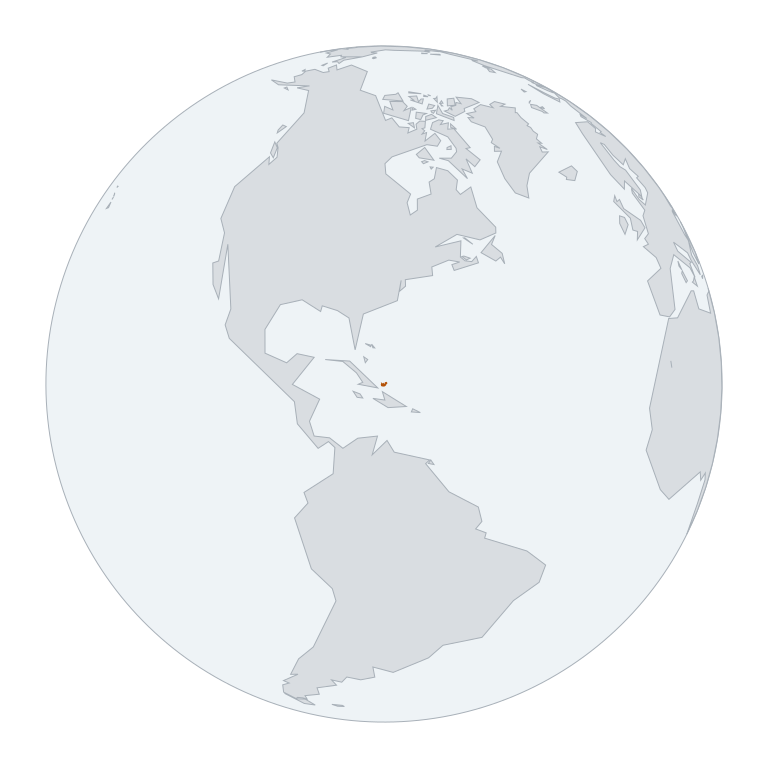 globe centered on Inagua, rotated 17°
{"feature_id": "BHS-5038", "entity_name": "Inagua", "entity_type": "District", "adm_level": 1, "iso_a3": "BHS", "parent_name": "The Bahamas", "parent_adm1": "", "projection": "orthographic", "projection_center": [-73.316, 21.237], "detail": "coarse", "context": "on_globe", "style": "filled", "palette": "amber", "viewbox_px": 768, "rotation_deg": 17, "n_neighbors": 0, "source": "natural_earth", "source_scale": "10m", "svg_char_len": 9876}
<svg xmlns="http://www.w3.org/2000/svg" viewBox="0 0 768 768"><g transform="rotate(17 384 384)"><circle cx="384" cy="384" r="338" fill="#eef3f6" stroke="#a8b0b8"/><path d="M355.6,459.1L347.7,455.3L339.8,464.8L312.8,447.4L303.5,427.1L222.7,385.6L214.8,373.9L215.6,357.0L193.8,296.0L200.9,350.9L191.4,338.8L184.9,318.3L189.9,314.7L187.3,286.1L179.6,273.4L183.5,238.9L208.0,200.2L209.7,207.7L215.4,198.4L213.6,188.9L211.1,185.1L228.3,148.1L226.1,125.4L214.3,126.2L225.6,120.7L195.7,128.7L187.4,126.1L203.6,124.5L210.6,121.2L208.3,116.4L215.0,112.1L217.7,107.7L225.9,103.3L234.8,103.9L240.2,101.3L238.3,98.3L245.3,92.8L247.2,97.4L259.6,88.5L276.7,90.1L275.4,110.0L291.7,110.7L308.4,131.5L313.7,127.2L323.4,133.7L333.1,131.5L333.4,137.0L340.9,130.7L338.7,126.2L341.3,122.1L346.8,120.7L348.2,127.1L345.7,128.7L348.9,129.9L347.3,133.9L351.2,131.1L352.2,139.7L359.4,129.4L367.1,134.7L365.5,141.0L355.0,142.6L325.3,164.4L320.5,173.0L324.3,182.5L353.9,194.6L353.1,203.9L359.7,214.7L365.1,208.0L361.8,197.4L373.5,188.6L368.1,177.7L372.1,173.0L370.9,161.7L382.6,161.4L394.6,167.5L396.2,177.1L401.6,180.4L409.4,170.2L421.4,188.3L445.0,201.4L446.8,206.9L433.7,218.1L410.0,219.6L392.9,238.0L415.7,224.6L419.9,240.2L425.5,242.5L432.1,241.3L435.0,235.0L438.9,240.5L417.9,254.9L414.0,250.0L420.7,245.2L409.7,246.6L395.5,258.1L398.8,266.1L373.9,278.0L376.0,284.2L371.7,290.9L370.1,279.9L372.4,300.4L343.8,323.1L346.4,359.8L331.2,331.1L318.0,327.4L302.1,327.3L302.2,333.2L281.1,327.4L261.7,338.4L254.2,366.6L261.2,389.3L284.7,392.2L292.0,380.4L309.4,378.9L296.5,411.2L326.9,417.3L323.6,441.4L332.4,454.2L347.7,451.4L363.5,457.5L374.8,443.5L393.0,435.7L393.4,455.2L403.4,437.1L413.7,446.2L449.8,443.3L447.1,448.0L477.6,468.1L510.2,474.1L517.8,486.8L514.0,495.8L525.2,496.5L525.3,502.0L569.5,501.9L591.5,509.9L590.3,528.3L571.1,553.3L551.8,597.6L516.8,616.6L506.6,632.9L477.1,657.1L456.1,657.9L460.9,667.0L448.2,673.7L434.1,675.1L430.8,681.5L420.3,682.3L426.6,685.9L408.8,694.1L412.8,699.6L399.6,705.1L402.6,707.8L397.9,707.9L392.8,709.0L392.0,710.5L378.1,708.0L375.1,701.3L380.7,697.7L374.6,697.0L386.6,686.7L379.6,688.9L382.7,671.8L393.3,656.1L401.5,605.5L394.4,594.8L368.6,582.0L337.6,538.2L346.1,520.1L339.2,511.1L361.6,484.7L355.6,459.1ZM67.2,297.3L69.7,289.8L69.0,295.9L67.2,297.3ZM70.7,284.4L69.9,287.1L70.5,284.7L70.7,284.4ZM70.8,282.1L70.7,283.8L70.5,282.5L70.8,282.1ZM70.5,279.8L70.7,280.7L70.6,280.9L70.5,279.8ZM344.5,372.1L379.2,389.6L359.4,391.8L363.2,388.6L354.4,381.4L338.0,374.5L320.6,377.8L344.5,372.1ZM71.1,274.2L71.4,272.6L71.9,272.7L71.1,274.2ZM360.3,352.2L354.2,350.8L360.2,350.7L360.3,352.2ZM208.8,184.4L212.9,189.3L212.0,200.0L207.9,196.2L208.8,184.4ZM211.5,165.9L215.3,166.4L208.5,175.1L208.5,172.1L211.5,165.9ZM204.3,128.4L206.3,130.8L202.1,130.1L204.3,128.4ZM216.7,107.9L214.0,108.8L216.6,106.3L216.7,107.9ZM364.6,162.9L367.6,162.3L366.3,164.7L364.6,162.9ZM361.1,158.7L357.3,161.8L355.0,160.4L357.5,158.5L361.1,158.7ZM231.4,97.4L236.3,93.5L232.8,97.5L231.4,97.4ZM366.3,155.4L351.6,157.4L347.8,155.0L353.8,145.9L366.3,155.4ZM240.2,91.3L252.1,82.9L247.1,83.7L267.8,77.4L250.9,86.1L247.3,90.6L245.3,89.4L240.2,91.3ZM335.7,125.5L338.2,130.1L331.0,127.7L335.7,125.5ZM330.4,125.0L304.5,125.2L303.5,118.3L312.4,119.3L307.0,112.1L319.2,108.5L325.0,111.6L323.2,116.7L329.2,111.6L330.4,125.0ZM277.3,75.8L281.5,74.2L278.8,76.0L277.3,75.8ZM341.8,120.4L336.6,120.7L335.4,114.6L345.5,112.9L342.6,115.3L341.8,120.4ZM299.6,112.2L300.4,107.8L310.6,103.5L312.3,101.4L319.4,107.8L299.6,112.2ZM345.7,116.0L350.6,112.2L356.2,114.0L346.7,119.7L345.7,116.0ZM330.8,113.9L330.7,111.1L334.1,112.0L330.8,113.9ZM378.9,119.2L372.8,119.1L371.6,115.8L378.9,119.2ZM352.1,110.7L350.1,110.2L349.0,109.1L353.3,107.1L352.1,110.7ZM326.1,104.7L330.2,104.1L323.7,101.8L331.0,99.0L334.5,104.0L336.1,100.7L338.3,99.9L338.6,105.0L326.1,104.7ZM354.1,101.9L361.0,108.2L372.7,108.7L374.0,111.5L355.1,110.2L354.1,101.9ZM345.0,103.2L351.0,102.9L349.6,106.2L344.7,108.5L345.0,103.2ZM334.8,95.5L322.6,98.4L322.3,97.3L334.8,95.5ZM357.8,101.3L356.0,99.8L358.8,100.9L357.8,101.3ZM342.2,96.4L337.9,97.4L337.6,96.1L342.2,96.4ZM356.1,96.3L358.3,98.2L355.1,99.6L356.1,96.3ZM349.9,95.8L350.6,93.7L352.6,99.0L348.1,96.4L349.9,95.8ZM342.6,95.0L341.1,94.5L344.4,94.7L342.6,95.0ZM367.2,90.3L370.5,96.6L363.3,99.5L361.1,92.9L367.2,90.3ZM401.2,712.8L379.2,708.9L391.6,710.8L400.7,708.4L412.1,711.1L401.2,712.8ZM427.8,705.6L438.1,703.5L440.4,704.0L433.8,705.7L427.8,705.6ZM643.2,167.2L650.1,177.3L641.3,168.2L624.3,146.8L619.9,142.0L643.2,167.2ZM608.7,131.6L607.6,130.9L596.0,121.0L605.8,129.9L608.6,131.8L614.8,137.9L612.6,136.6L608.6,132.8L609.3,134.8L628.3,153.7L633.1,157.7L640.5,170.8L649.3,179.2L654.6,187.1L641.6,176.0L635.9,169.8L619.4,163.7L626.1,171.1L642.1,177.9L641.2,179.4L650.3,191.1L642.6,183.4L623.3,175.6L623.9,189.9L640.5,227.6L637.5,236.3L627.8,237.3L605.9,208.4L615.0,192.4L607.3,183.5L591.9,176.8L596.0,173.0L590.8,168.7L592.9,163.0L582.5,147.4L582.6,141.5L565.7,128.9L563.4,124.6L574.1,133.0L581.6,136.4L580.3,124.1L576.3,119.8L565.3,113.0L566.4,111.1L555.9,106.2L548.9,98.0L548.7,104.4L535.9,98.2L524.6,90.5L520.3,90.0L538.7,102.8L546.1,107.2L552.4,108.8L572.4,123.5L575.7,129.4L554.6,119.5L556.9,127.4L539.5,117.6L500.5,86.5L490.8,78.0L502.0,73.7L511.7,77.9L512.5,81.1L523.7,82.5L517.1,80.2L517.9,79.2L505.8,74.2L505.8,73.4L494.2,70.7L492.9,69.1L500.3,70.8L481.3,63.6L475.1,60.3L470.8,59.3L467.9,59.1L461.9,55.9L459.0,55.3L459.8,56.0L454.6,55.6L443.0,54.1L441.5,53.0L445.5,53.4L451.8,53.4L462.6,55.5L460.9,55.0L451.1,53.0L443.5,53.0L436.9,52.4L439.1,51.8L437.8,51.9L434.1,51.4L429.0,50.2L426.0,50.8L386.9,50.2L373.3,48.9L379.6,47.6L350.8,49.4L337.7,49.9L338.5,50.3L325.3,52.8L329.2,52.5L328.6,53.0L296.3,61.9L287.7,64.0L274.7,70.3L275.1,70.8L280.8,69.4L267.8,77.4L247.1,83.7L247.2,82.1L234.2,88.1L236.3,84.1L232.1,84.3L242.0,78.0L237.7,79.5L233.1,81.8L225.8,85.4L245.6,75.7L252.2,74.4L250.5,73.9L257.0,71.3L260.2,69.8L258.6,70.2L282.1,61.8L306.2,55.2L330.6,50.3L355.4,47.3L380.3,46.1L405.2,46.7L430.0,49.2L454.6,53.5L478.8,59.6L502.5,67.5L525.5,77.1L547.7,88.4L569.1,101.3L589.4,115.7L608.7,131.6ZM717.4,439.1L717.5,438.2L718.7,406.9L719.0,381.8L717.3,375.2L715.0,383.4L712.1,375.6L709.9,379.1L690.2,411.0L679.1,404.2L654.0,370.6L653.9,349.2L645.0,329.5L637.1,238.1L645.4,234.9L650.5,205.1L652.9,204.4L663.1,220.1L675.6,220.8L666.9,204.5L667.5,200.1L666.0,197.8L679.1,219.3L690.6,241.8L700.3,265.1L708.3,289.1L714.5,313.6L718.8,338.5L721.3,363.6L721.9,388.8L720.6,414.1L717.4,439.1ZM651.5,278.0L654.5,284.2L651.5,278.0ZM451.0,443.0L455.3,446.4L449.6,447.0L451.0,443.0ZM356.6,400.0L364.0,400.5L367.8,403.6L362.2,404.6L356.6,400.0ZM418.7,399.3L427.1,400.7L418.3,402.7L418.7,399.3ZM384.7,391.8L411.9,399.0L394.8,405.4L377.6,401.0L389.5,399.1L384.7,391.8ZM356.7,363.9L361.3,365.4L359.9,369.1L356.7,363.9ZM364.6,352.2L362.8,352.6L360.5,349.5L364.6,352.2ZM421.2,239.3L423.0,238.3L429.6,238.5L426.6,241.2L421.2,239.3ZM458.8,224.5L464.3,233.8L458.3,228.6L455.0,233.7L438.4,230.0L446.9,209.5L446.0,219.1L458.8,224.5ZM418.5,220.6L428.1,224.4L417.3,221.1L418.5,220.6ZM560.1,154.3L565.3,154.4L570.9,160.3L570.7,170.4L562.5,161.6L560.1,154.3ZM571.1,153.4L550.3,142.3L549.6,136.5L553.5,141.5L555.2,138.7L561.9,146.2L581.6,152.5L587.9,158.3L584.1,172.1L581.9,164.0L577.0,164.0L571.1,153.4ZM498.3,132.8L489.3,130.3L499.5,120.6L506.7,124.2L507.0,133.7L498.6,135.1L498.3,132.8ZM379.7,140.0L375.6,141.4L375.2,139.4L378.4,136.6L379.7,140.0ZM376.1,119.4L397.3,132.8L393.6,134.8L410.4,141.5L407.3,149.6L396.6,144.7L406.8,156.6L395.8,155.5L403.8,163.2L380.2,151.6L370.8,151.9L382.4,148.3L385.5,140.7L384.0,137.5L372.7,129.0L354.0,126.8L354.0,119.8L359.1,115.4L363.6,114.9L362.1,119.4L369.2,115.4L370.5,121.7L376.1,119.4ZM417.9,81.0L414.3,84.4L428.8,81.6L430.2,86.1L431.8,85.6L437.1,89.2L446.2,93.0L445.3,95.1L449.2,95.8L452.8,98.6L457.9,100.3L458.1,105.0L464.4,107.7L460.8,108.5L471.6,112.0L463.7,111.6L467.5,115.9L473.2,114.0L461.5,139.9L462.7,152.6L468.1,163.8L453.7,162.9L439.5,152.3L427.4,138.4L428.3,127.0L421.6,129.2L420.1,124.5L426.0,124.7L416.0,121.8L416.3,118.2L405.5,108.6L390.8,107.7L386.5,104.6L392.4,103.2L384.0,101.2L392.2,96.7L389.4,94.6L394.6,88.6L407.6,87.9L403.4,85.7L407.1,81.6L417.9,81.0ZM369.1,88.6L384.3,85.6L392.6,87.0L380.1,97.1L381.6,99.7L373.8,107.2L362.0,105.3L365.3,103.2L365.7,100.8L369.3,102.3L366.8,99.4L371.2,96.6L370.5,93.7L375.7,93.4L369.1,88.6ZM649.1,196.4L649.8,194.9L649.4,191.0L655.1,198.8L649.1,196.4ZM636.4,191.3L636.1,188.5L644.0,196.6L643.3,198.7L636.4,191.3ZM629.1,180.5L635.4,187.7L631.6,185.0L629.1,180.5ZM573.1,130.5L571.9,127.7L574.4,128.9L578.2,132.3L573.1,130.5ZM461.1,77.1L457.7,78.0L455.7,77.1L444.3,76.5L442.4,73.7L448.5,72.9L461.1,77.1ZM650.5,176.3L650.3,176.0L649.3,174.7L650.5,176.3ZM656.3,188.0L657.0,186.8L657.9,190.2L656.3,188.0ZM457.1,73.9L452.6,73.8L454.4,72.5L457.1,73.9ZM440.4,71.6L441.3,69.8L440.8,73.3L440.4,71.6ZM434.1,55.3L452.1,58.7L463.8,60.6L468.4,60.3L469.7,62.9L451.7,59.8L434.1,55.3ZM392.9,50.6L389.0,51.9L385.5,51.2L385.9,50.8L392.9,50.6ZM394.2,51.5L399.2,53.7L393.6,54.4L390.8,52.4L394.2,51.5ZM428.8,61.9L434.3,62.9L432.7,63.8L428.8,61.9ZM279.9,73.8L281.4,74.1L277.7,75.0L279.9,73.8ZM331.1,52.9L329.6,53.7L325.4,54.2L331.1,52.9ZM323.3,56.5L329.1,55.3L323.5,57.0L323.3,56.5ZM342.0,52.9L331.7,55.1L340.6,52.5L342.0,52.9Z" fill="#d9dde1" stroke="#a8b0b8" stroke-width="1"/><path d="M382.1,385.2L382.2,384.9L382.1,384.7L382.3,384.8L382.7,384.6L382.9,384.3L383.0,384.3L383.4,384.3L383.6,384.0L383.8,384.4L384.3,384.6L384.6,384.5L384.9,384.4L385.4,383.5L385.6,383.4L385.7,383.5L385.6,384.5L385.2,384.9L385.0,385.4L384.5,385.7L384.3,385.6L384.0,385.8L384.0,385.7L383.8,385.6L383.5,385.8L383.4,385.8L383.0,385.8L382.8,385.7L382.4,385.7L382.3,385.8L382.2,385.9L382.0,385.5L381.9,385.3L382.1,385.2ZM385.9,382.6L385.4,382.9L385.5,382.8L385.3,382.4L385.6,382.3L385.8,382.1L386.2,382.4L386.2,382.5L385.9,382.6Z" fill="#f59e0b" stroke="#b45309" stroke-width="1.5"/></g></svg>